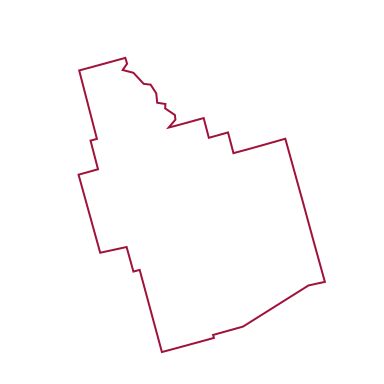 outline of Sangamon, Illinois, United States of America, rotated 255°
{"feature_id": "52423323B88082099567325", "entity_name": "Sangamon", "entity_type": "district", "adm_level": 2, "iso_a3": "USA", "parent_name": "United States of America", "parent_adm1": "Illinois", "projection": "robinson", "projection_center": [-89.552, 39.749], "detail": "fine", "context": "isolated", "style": "outline", "palette": "rose", "viewbox_px": 384, "rotation_deg": 255, "n_neighbors": 0, "source": "geoboundaries", "source_scale": "gbopen_adm2", "svg_char_len": 670}
<svg xmlns="http://www.w3.org/2000/svg" viewBox="0 0 384 384"><g transform="rotate(255 192 192)"><path d="M202.4,87.2L157.1,87.6L155.8,114.6L130.3,114.8L130.3,121.3L45.2,121.5L45.2,134.9L45.4,175.4L48.5,175.4L48.8,206.5L54.0,223.3L71.6,280.3L70.8,297.1L113.6,296.7L155.7,296.5L219.3,295.9L219.2,289.2L218.8,255.4L218.8,242.1L240.2,242.2L240.0,222.3L260.4,222.4L260.2,192.8L260.3,186.2L266.2,194.7L270.8,195.4L279.7,187.7L283.9,189.1L287.2,181.5L296.6,183.0L306.4,179.8L309.0,173.3L322.3,166.3L327.8,156.6L332.7,162.5L338.8,162.3L338.7,144.1L338.6,114.5L267.9,113.9L267.9,107.3L238.3,107.1L238.1,86.9L202.4,87.2Z" fill="none" stroke="#9f1239" stroke-width="2"/></g></svg>